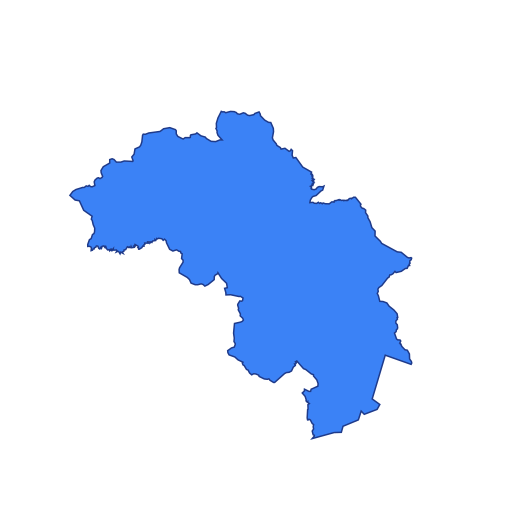 Bekwai Municipal, Ashanti, Ghana, rotated 33°
{"feature_id": "2480657B55478680834493", "entity_name": "Bekwai Municipal", "entity_type": "district", "adm_level": 2, "iso_a3": "GHA", "parent_name": "Ghana", "parent_adm1": "Ashanti", "projection": "orthographic", "projection_center": [-1.62, 6.436], "detail": "fine", "context": "isolated", "style": "filled", "palette": "blue", "viewbox_px": 512, "rotation_deg": 33, "n_neighbors": 0, "source": "geoboundaries", "source_scale": "gbopen_adm2", "svg_char_len": 6126}
<svg xmlns="http://www.w3.org/2000/svg" viewBox="0 0 512 512"><g transform="rotate(33 256 256)"><path d="M201.0,139.5L195.7,136.0L193.7,137.1L189.2,137.3L183.3,135.9L182.3,134.7L180.1,133.5L177.4,137.1L177.2,138.6L174.2,141.7L172.2,142.5L169.3,142.2L167.4,142.8L165.1,146.1L162.8,146.9L161.5,146.4L159.1,146.8L155.9,148.6L152.6,152.3L150.8,152.4L149.4,153.4L148.1,153.6L148.9,160.9L150.5,166.4L153.0,169.9L152.9,170.8L155.3,172.3L156.1,173.7L158.4,175.5L164.4,177.1L162.4,178.4L159.9,182.0L155.9,184.3L150.5,184.5L148.7,183.9L144.4,185.2L139.4,184.9L138.9,186.5L135.4,189.8L135.3,190.5L136.3,192.3L136.0,192.8L132.1,195.3L131.3,197.4L130.5,197.7L125.3,198.3L122.6,197.0L120.9,194.4L119.6,193.9L113.8,195.3L109.2,199.6L107.7,203.8L99.1,211.2L96.9,214.2L95.1,215.2L95.1,216.5L98.1,222.4L99.0,225.8L98.9,227.9L96.2,232.1L98.3,237.0L97.9,240.6L101.1,243.1L101.0,243.9L93.7,248.1L91.5,250.9L87.8,253.3L84.4,252.4L82.4,252.8L80.8,254.8L82.7,257.7L79.3,264.2L79.4,268.7L80.8,270.5L84.0,272.7L84.1,274.0L83.0,276.1L81.4,276.1L80.4,277.1L79.6,279.9L79.9,281.9L82.5,284.7L80.8,287.3L79.4,287.9L77.6,287.6L77.2,289.1L75.4,289.7L74.6,292.1L73.3,292.9L68.8,298.3L67.2,301.7L66.9,306.5L73.8,307.6L77.8,305.9L86.6,311.5L96.9,311.9L97.8,314.8L99.3,315.4L102.4,318.4L105.6,320.5L107.4,323.6L107.9,325.4L107.2,327.1L108.3,331.2L107.4,333.0L108.6,338.0L109.7,339.6L110.8,338.7L112.4,338.3L113.5,338.8L114.8,341.3L115.7,340.2L115.6,338.8L116.4,338.2L116.0,337.1L116.9,335.8L116.6,334.9L117.0,334.2L118.1,333.9L119.9,335.2L121.2,335.2L121.2,333.1L122.2,333.6L121.7,331.6L122.8,330.5L124.3,331.0L123.9,330.2L124.6,329.7L126.5,331.2L128.3,331.7L129.2,330.7L130.4,331.3L130.3,330.3L131.6,330.2L130.6,329.3L131.2,328.8L132.3,329.2L132.4,327.7L133.0,328.9L135.7,327.0L136.6,327.3L136.7,328.7L137.6,327.3L138.5,327.1L140.8,328.2L140.4,326.5L142.9,326.2L141.6,325.6L142.6,324.0L142.1,322.7L143.2,321.7L143.1,318.3L144.6,318.2L144.7,317.4L145.9,317.6L146.3,317.0L146.0,316.0L147.2,316.8L149.3,314.9L149.3,313.6L148.4,314.4L148.0,314.2L148.5,313.4L148.2,312.2L151.5,312.0L152.4,312.4L152.3,313.3L153.2,313.3L153.9,314.2L154.4,313.9L155.7,311.2L155.6,309.4L156.7,308.8L155.9,307.6L156.4,306.7L155.6,305.8L158.6,303.9L157.5,303.1L159.3,302.1L160.0,302.9L160.3,301.2L161.3,301.3L161.2,299.7L162.9,298.1L162.3,297.3L163.4,297.4L163.2,295.3L164.1,295.3L164.6,294.2L167.6,292.8L169.6,293.4L170.1,291.7L172.2,292.1L173.8,293.7L179.9,297.4L183.6,297.1L186.0,294.1L188.9,294.0L190.2,293.3L191.3,294.4L192.9,294.4L195.0,298.7L197.1,299.2L198.2,300.9L198.3,307.5L198.9,309.3L200.8,311.9L210.0,311.4L213.1,312.0L216.3,314.1L220.7,313.2L222.8,311.8L225.2,309.2L227.2,308.7L229.5,309.1L231.4,306.0L233.8,298.6L232.2,295.9L232.2,294.2L233.5,291.8L233.2,290.8L239.4,293.6L246.2,294.9L249.2,298.2L247.3,300.2L250.7,303.2L252.0,305.0L255.8,302.3L263.9,299.2L264.9,298.3L268.0,298.3L269.0,300.7L268.5,301.8L266.9,302.5L267.0,306.5L267.5,307.3L269.9,309.3L270.4,310.8L274.5,313.1L275.3,314.8L278.7,315.4L280.3,316.6L280.1,318.3L279.0,319.9L274.7,324.3L279.2,332.9L282.5,336.7L284.1,339.7L286.3,340.8L286.8,341.6L287.4,344.2L285.5,346.5L283.8,350.8L285.1,352.4L287.3,353.6L293.2,352.2L297.5,352.9L302.9,352.2L302.8,353.2L304.4,354.4L305.7,354.3L309.8,356.3L311.5,356.0L314.3,357.6L317.1,358.0L318.2,356.0L320.2,355.0L323.2,354.5L324.2,355.3L329.9,354.6L332.7,353.2L333.7,352.0L335.4,352.6L339.6,352.5L340.5,351.9L344.0,339.0L345.0,337.2L347.1,335.5L348.4,333.1L347.8,328.8L348.6,326.4L347.2,325.5L348.0,325.0L348.0,323.6L346.7,323.3L347.4,321.8L357.2,324.6L359.6,324.1L366.6,324.8L368.8,324.2L369.6,325.3L374.5,326.8L377.6,329.2L378.8,331.5L374.8,337.7L375.5,339.8L374.1,340.7L369.2,341.3L370.1,342.9L369.4,345.7L373.7,347.0L376.7,349.5L376.8,350.2L378.1,350.6L378.6,349.8L379.0,350.6L381.1,350.7L380.5,352.4L383.1,356.1L382.9,356.6L387.1,363.9L388.4,365.3L388.9,365.3L389.3,364.1L390.9,363.9L394.4,365.9L396.1,366.0L397.0,368.1L398.5,369.7L398.5,372.2L401.3,374.8L402.6,374.6L403.0,375.4L402.6,378.5L417.7,361.5L423.6,357.4L421.7,351.4L431.1,337.7L428.7,328.8L433.0,329.8L441.1,318.7L440.7,313.1L431.3,312.6L418.4,268.8L445.1,262.4L444.9,260.9L443.7,259.8L440.9,258.7L438.0,254.6L434.2,252.6L432.0,253.5L427.4,252.4L426.2,251.4L425.4,251.5L425.0,250.7L424.0,250.8L423.7,248.5L422.6,248.0L420.4,249.2L419.0,249.0L414.1,245.2L414.7,243.1L413.9,241.3L414.3,240.1L413.8,238.9L411.9,236.7L409.8,236.1L408.7,234.3L409.0,231.9L407.9,230.8L408.3,230.3L405.8,227.6L401.1,226.2L395.0,225.6L391.3,224.1L387.3,225.0L384.5,226.6L380.2,222.6L378.1,221.4L377.8,219.1L376.3,217.5L376.2,215.6L377.6,212.2L378.4,202.8L379.1,201.2L378.5,199.0L379.6,198.1L380.5,196.4L380.9,193.2L382.5,193.6L386.2,189.7L388.0,185.2L389.5,184.0L389.1,181.2L390.0,180.3L388.9,179.6L389.1,178.0L388.4,177.7L387.6,176.0L388.2,174.7L387.7,173.0L386.9,172.9L385.4,174.3L383.8,174.7L375.8,173.8L372.2,175.6L354.5,177.0L352.2,175.9L344.9,174.4L342.3,170.2L337.7,169.1L333.0,165.1L328.9,162.9L328.1,161.6L324.3,160.0L323.0,157.8L320.4,157.5L319.2,158.1L316.8,157.5L315.7,156.2L315.8,155.4L307.4,152.6L305.9,153.5L304.9,155.9L304.4,155.7L303.0,157.0L302.6,159.5L301.9,159.5L301.6,160.3L299.9,161.1L299.6,161.8L298.8,161.7L297.2,163.0L296.0,163.0L295.4,163.9L294.9,163.5L292.8,166.2L292.1,166.4L291.7,167.5L292.1,168.2L290.1,169.3L289.0,172.4L285.7,174.4L283.4,175.0L283.1,176.1L281.3,176.1L280.6,177.3L279.0,177.0L278.3,178.8L276.2,180.0L274.5,180.0L272.1,181.9L271.1,179.4L271.0,176.3L271.4,175.0L273.5,172.5L275.1,166.0L276.0,164.4L274.9,160.4L274.1,161.7L271.1,163.4L270.1,165.0L269.9,167.2L268.7,168.7L266.3,169.7L265.5,169.4L265.6,168.7L265.0,168.2L264.1,168.0L264.7,167.6L264.6,167.2L264.0,167.5L264.2,166.1L265.2,165.9L264.9,164.7L264.1,164.7L264.7,163.4L262.8,162.5L263.9,162.2L263.1,161.8L263.1,160.7L262.4,161.2L262.8,160.1L261.1,160.5L261.3,159.7L260.3,159.2L260.5,158.7L259.6,157.4L258.8,157.1L258.9,157.8L258.1,157.0L257.4,157.3L256.9,155.4L246.8,156.0L235.8,151.7L233.9,153.5L231.4,151.8L229.3,147.8L227.4,147.4L227.5,149.0L226.8,150.2L221.6,149.9L218.8,152.7L217.4,151.8L213.3,151.9L211.9,150.9L207.2,149.4L205.4,148.0L203.0,142.2L201.0,139.5Z" fill="#3b82f6" stroke="#1e3a8a" stroke-width="1.5"/></g></svg>